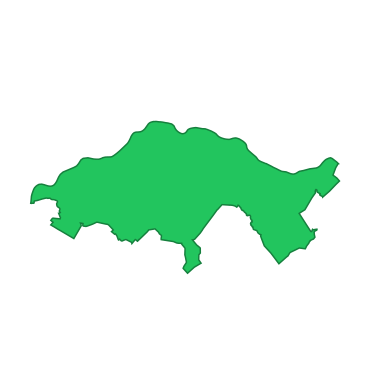 outline of Jaunsvirlaukas pag., Jelgava, Latvia, rotated 310°
{"feature_id": "27541924B87431187138979", "entity_name": "Jaunsvirlaukas pag.", "entity_type": "district", "adm_level": 2, "iso_a3": "LVA", "parent_name": "Latvia", "parent_adm1": "Jelgava", "projection": "albers", "projection_center": [23.886, 56.567], "detail": "fine", "context": "isolated", "style": "filled", "palette": "green", "viewbox_px": 384, "rotation_deg": 310, "n_neighbors": 0, "source": "geoboundaries", "source_scale": "gbopen_adm2", "svg_char_len": 5939}
<svg xmlns="http://www.w3.org/2000/svg" viewBox="0 0 384 384"><g transform="rotate(310 192 192)"><path d="M100.6,71.0L99.5,69.9L97.8,69.2L96.1,68.8L94.0,68.7L92.4,69.0L90.6,69.6L87.7,70.7L85.6,71.7L80.9,75.0L79.7,75.7L80.1,76.4L80.9,77.0L81.5,77.8L81.8,78.0L82.2,78.0L83.4,77.1L83.8,77.1L86.0,78.9L90.3,81.7L93.3,83.9L93.9,84.5L94.5,85.7L95.5,86.6L95.9,87.0L96.0,87.6L95.9,88.7L96.0,89.0L96.2,89.6L97.3,91.0L97.8,92.1L98.5,94.2L98.4,94.7L98.2,95.1L98.0,95.3L97.7,95.4L96.5,95.7L95.9,95.9L95.1,96.8L94.5,97.7L94.4,98.0L94.3,98.8L94.5,100.7L94.4,101.2L94.1,101.7L93.7,102.0L93.4,102.2L92.5,102.4L91.8,103.0L91.7,103.5L91.7,104.2L91.2,104.2L90.5,104.0L90.0,103.5L88.8,105.8L88.2,106.8L87.9,107.6L87.0,108.1L86.6,108.2L82.6,102.3L81.9,102.0L79.5,102.1L79.5,105.0L76.0,105.0L76.4,107.4L76.6,108.4L77.3,113.3L77.8,115.9L80.4,131.4L94.8,128.9L95.6,128.1L96.5,126.5L97.2,127.6L97.8,128.8L96.9,129.3L96.3,129.7L96.0,130.4L96.1,130.6L96.2,130.9L97.4,132.8L97.6,133.0L98.3,133.5L102.4,135.9L104.1,136.8L107.6,138.4L108.2,139.3L110.8,144.3L111.3,145.2L111.8,146.2L113.0,148.2L113.1,148.9L113.2,149.4L113.1,150.0L112.5,154.9L112.3,156.1L109.9,155.8L109.9,156.8L109.9,159.9L110.8,160.4L110.0,162.9L108.1,166.2L108.1,166.7L109.4,166.9L109.1,169.1L109.2,169.3L109.3,169.6L109.5,169.9L112.4,171.4L112.8,171.7L113.2,172.2L113.3,172.6L114.4,177.1L114.5,177.5L114.3,178.6L113.9,179.1L119.1,179.1L119.3,180.3L119.2,181.7L120.5,181.8L120.3,182.0L132.4,183.3L134.6,183.3L135.0,183.1L140.0,187.4L139.7,192.2L139.0,193.9L139.1,196.0L138.9,196.7L136.2,198.5L135.7,199.0L142.1,209.6L143.1,213.0L144.2,214.8L146.1,217.1L145.4,217.8L144.6,222.2L144.3,223.0L139.3,226.9L138.1,228.6L134.7,232.8L133.9,233.1L130.3,233.5L127.9,234.2L127.8,234.3L126.9,240.8L135.9,242.1L143.3,244.7L144.4,240.7L148.3,237.6L150.6,237.6L154.2,234.5L154.5,233.9L154.5,233.5L154.4,231.9L154.5,231.6L154.4,230.7L154.4,229.7L155.6,223.1L157.4,224.4L165.9,224.7L169.3,224.4L171.3,224.1L187.7,223.2L194.7,222.7L195.0,222.9L201.6,223.1L205.1,227.8L206.0,229.1L206.4,229.5L207.6,231.2L208.2,232.3L208.7,233.5L209.0,234.3L209.2,236.0L210.4,236.1L211.5,235.8L211.7,236.4L211.5,238.0L211.2,238.9L211.2,239.8L210.7,240.3L210.2,241.9L210.2,242.3L210.3,242.5L210.4,242.8L210.6,242.8L210.7,243.0L210.7,243.5L210.7,243.8L210.4,244.7L210.3,245.2L210.4,245.9L210.3,246.4L210.3,247.5L210.2,247.7L209.8,248.0L209.3,248.7L209.3,248.9L209.3,249.1L209.7,249.2L209.8,249.4L209.6,249.7L209.6,249.9L209.8,250.1L210.4,250.2L210.7,250.4L211.0,250.8L211.4,251.3L211.4,251.6L211.1,252.4L210.8,252.5L210.7,252.7L210.6,252.8L210.1,253.0L209.7,253.6L209.3,254.0L208.9,254.9L208.8,255.4L208.7,255.6L208.9,256.0L208.7,256.3L208.5,256.6L207.9,257.2L207.7,257.3L207.4,256.8L207.2,256.8L206.5,256.8L205.6,257.1L205.3,257.3L205.3,257.6L205.3,258.0L204.8,258.1L204.5,258.4L204.5,259.0L204.4,259.5L204.4,260.1L204.1,260.4L204.0,260.8L204.3,261.1L203.0,262.8L202.9,263.1L202.9,263.3L204.1,266.5L203.1,268.8L203.1,270.9L203.6,272.3L202.4,272.9L202.4,273.0L202.1,273.3L201.4,274.5L197.2,282.0L197.1,282.8L195.9,291.8L193.0,304.3L192.9,304.7L203.1,306.2L204.5,306.6L208.4,306.0L209.1,306.2L218.1,310.2L221.3,315.3L224.6,314.5L227.8,314.4L228.9,314.0L231.1,314.0L231.1,313.9L233.4,314.9L234.0,315.3L236.4,315.2L237.9,313.2L239.4,311.7L239.6,311.4L240.2,311.3L241.7,311.4L242.6,312.0L243.2,311.6L243.5,311.9L243.8,311.6L243.3,311.1L241.0,309.2L240.9,308.3L238.6,309.1L238.1,308.4L241.3,298.0L244.5,287.8L251.0,289.9L264.6,287.6L270.6,287.1L270.9,286.8L271.3,286.6L271.6,286.1L273.0,285.3L273.5,285.3L273.8,285.8L273.8,286.3L273.5,286.8L272.9,287.2L272.6,287.8L272.5,288.4L272.7,288.8L272.6,289.4L273.0,290.7L273.1,291.3L272.9,291.5L272.2,291.5L271.9,291.9L271.9,292.5L272.0,293.1L272.2,293.6L272.3,294.7L272.3,295.2L272.1,295.4L281.0,296.8L290.3,297.4L295.2,297.9L295.8,294.1L295.7,291.4L295.5,289.3L295.7,289.1L303.0,286.5L306.1,286.0L307.1,285.7L307.8,286.1L308.0,283.7L307.8,278.3L307.7,277.6L307.3,276.2L306.7,275.7L305.9,275.1L304.9,274.6L303.5,273.9L302.4,273.6L301.3,273.4L298.3,273.2L296.3,273.3L294.4,273.3L293.0,273.0L291.6,272.5L290.3,271.8L285.4,267.3L280.1,263.6L277.0,261.1L276.1,260.7L273.1,259.7L271.6,258.8L271.0,258.3L270.4,257.5L269.8,256.5L269.4,255.7L269.0,254.5L268.6,253.3L267.9,251.2L265.7,247.8L265.3,246.9L264.5,243.8L264.1,241.9L263.2,238.6L262.7,236.0L261.8,232.2L261.5,230.7L261.1,230.1L260.5,228.1L259.8,226.0L259.5,224.9L259.1,222.8L259.2,221.6L259.8,219.4L260.0,218.3L260.0,213.4L260.1,209.3L260.2,208.3L260.4,207.3L260.6,206.7L261.4,205.2L262.6,203.9L263.2,202.8L263.4,202.2L263.6,201.3L263.7,199.0L263.6,198.1L263.3,195.8L263.0,194.1L262.5,192.8L262.0,191.6L261.5,190.8L261.1,190.3L259.5,188.9L257.6,187.7L256.2,186.7L254.6,184.5L253.6,182.8L252.6,180.5L252.2,179.4L251.7,177.5L251.6,176.6L251.7,174.9L252.0,173.1L251.8,171.1L251.1,167.8L249.6,163.3L248.8,161.4L247.1,159.2L244.1,154.0L243.5,153.2L241.3,151.2L239.5,149.8L238.7,149.4L237.5,148.9L236.4,148.8L235.0,149.0L233.7,149.0L232.5,148.7L231.6,148.2L230.7,147.5L230.1,146.6L229.7,145.6L229.4,144.3L229.2,142.9L229.2,141.8L229.3,140.3L229.9,138.1L230.6,136.7L231.0,135.9L231.1,134.5L231.1,133.4L230.9,132.4L230.1,130.8L229.4,129.3L228.2,127.4L226.7,124.7L225.6,123.0L224.6,121.7L223.0,119.2L221.8,117.9L221.0,117.0L219.4,115.9L218.4,115.3L217.3,115.0L216.2,114.8L215.0,114.9L210.2,115.3L208.4,115.1L207.0,114.8L205.9,114.3L204.9,113.7L203.5,112.4L202.2,111.0L201.7,110.5L200.3,109.6L198.6,109.3L196.9,109.4L195.2,109.7L193.8,110.2L191.4,110.8L189.9,111.1L188.4,111.3L187.3,111.3L177.2,110.2L173.1,109.5L169.7,108.7L167.7,108.0L166.6,107.2L163.4,103.6L162.5,102.8L160.9,101.6L160.1,101.3L158.5,100.4L157.8,100.0L157.0,99.3L154.9,96.7L153.9,95.2L151.3,90.3L147.8,87.0L145.2,86.3L140.7,86.9L137.8,86.9L135.0,85.8L124.4,80.4L120.8,79.8L117.8,80.2L113.1,81.5L110.9,81.8L110.1,81.8L109.0,81.8L107.6,81.4L106.5,80.8L105.4,79.8L104.7,78.8L104.0,77.6L102.5,74.0L101.9,72.8L101.4,71.8L100.6,71.0Z" fill="#22c55e" stroke="#15803d" stroke-width="1.5"/></g></svg>